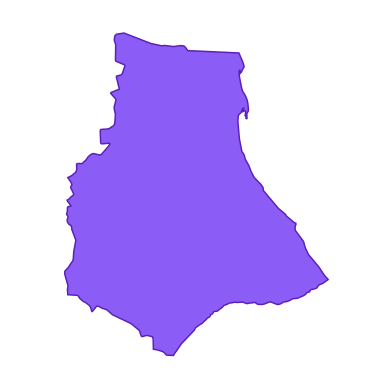 map outline of Erongo (Mercator projection), rotated 177°
{"feature_id": "NAM-3348", "entity_name": "Erongo", "entity_type": "Region", "adm_level": 1, "iso_a3": "NAM", "parent_name": "Namibia", "parent_adm1": "", "projection": "mercator", "projection_center": [15.284, -22.15], "detail": "fine", "context": "isolated", "style": "filled", "palette": "violet", "viewbox_px": 384, "rotation_deg": 177, "n_neighbors": 0, "source": "natural_earth", "source_scale": "10m", "svg_char_len": 4446}
<svg xmlns="http://www.w3.org/2000/svg" viewBox="0 0 384 384"><g transform="rotate(177 192 192)"><path d="M137.9,328.4L134.6,319.5L133.4,315.0L133.5,314.1L134.2,313.2L136.4,309.2L137.5,308.1L137.5,310.1L138.0,311.0L138.5,310.5L138.8,308.4L138.6,304.6L137.0,293.1L136.0,289.6L134.5,287.1L133.2,284.3L132.2,281.2L131.6,277.7L131.3,271.3L131.4,270.4L131.8,269.4L133.0,267.6L133.2,266.6L133.2,262.6L133.5,262.4L134.0,262.4L134.3,262.8L133.8,263.6L134.2,264.2L134.7,265.2L135.0,265.6L134.5,267.5L134.3,269.6L135.0,270.6L136.9,269.6L136.8,270.8L135.7,273.7L137.1,272.4L139.1,268.5L140.3,267.6L141.4,266.7L142.0,264.4L142.5,259.9L141.9,242.8L140.1,229.9L138.0,226.4L137.1,222.0L133.8,215.3L132.0,209.5L129.1,203.3L128.6,202.6L122.7,195.9L120.8,192.7L120.7,190.3L120.5,189.5L106.6,171.1L99.8,164.8L99.1,163.2L91.6,156.2L89.9,155.3L89.9,154.3L90.3,153.3L90.5,152.8L91.0,150.4L91.1,149.8L90.8,148.5L90.4,147.6L83.2,136.7L81.8,130.4L79.0,123.5L69.7,111.2L64.1,101.8L60.6,97.4L66.4,93.8L69.5,92.7L70.3,92.2L71.1,91.4L72.2,89.9L72.5,89.6L73.3,89.3L76.4,88.5L77.5,88.4L78.4,88.2L78.9,88.0L79.3,87.2L79.5,86.6L79.9,86.1L80.3,85.9L81.8,85.8L82.5,85.5L83.7,84.1L85.6,82.8L92.4,80.3L96.5,80.2L97.0,80.1L97.7,79.8L100.1,78.6L101.4,78.1L103.3,77.6L105.9,77.4L106.5,77.2L107.2,76.9L108.1,76.3L108.9,75.9L109.9,75.5L111.4,75.2L112.3,75.2L113.0,75.3L118.7,77.9L119.2,78.1L119.8,78.1L120.3,78.1L120.8,78.0L125.5,76.4L127.8,76.0L131.7,76.3L132.2,76.5L132.7,76.7L134.6,78.2L135.0,78.4L135.6,78.5L137.8,78.1L140.3,78.1L141.5,77.8L142.3,77.7L143.1,77.7L143.6,77.8L146.9,79.3L147.6,79.4L152.7,79.3L155.5,79.7L156.1,79.6L157.4,79.3L158.2,79.2L160.1,79.2L160.8,79.0L163.1,77.9L164.7,77.4L165.5,77.2L166.1,77.0L166.6,76.5L167.6,75.5L168.3,74.8L170.3,73.7L172.5,72.0L173.0,71.7L173.4,71.7L175.1,71.6L176.3,71.4L176.7,71.2L177.0,70.7L177.4,70.0L177.9,69.4L178.7,68.9L179.3,68.7L179.9,68.3L180.2,67.8L180.8,66.6L181.1,66.3L181.4,66.1L182.9,65.5L183.5,65.0L184.3,64.1L189.1,60.1L191.1,59.1L195.4,56.4L195.9,55.9L196.4,54.7L197.3,53.5L209.9,41.6L210.6,41.0L215.7,34.2L217.8,31.8L218.4,30.6L219.3,29.7L225.8,30.4L226.5,31.0L227.1,31.7L227.8,32.7L229.1,33.9L231.0,34.7L234.8,36.1L238.8,37.0L238.5,47.2L238.7,48.2L239.3,49.6L243.9,51.0L244.6,51.1L245.6,51.0L248.7,50.3L249.6,50.2L250.0,50.6L250.4,51.2L251.7,56.1L252.6,57.2L259.8,63.8L277.9,73.6L283.3,78.9L287.5,80.5L291.3,82.7L292.4,83.1L293.0,82.9L293.6,82.5L297.4,78.3L298.0,77.8L298.3,78.0L298.5,78.6L299.2,81.8L299.8,83.1L300.8,84.3L303.1,86.4L304.4,87.4L305.9,88.2L306.6,88.6L309.7,91.7L310.0,92.2L310.7,93.6L311.1,94.3L311.8,94.7L312.6,94.9L321.4,95.9L321.5,101.5L320.7,104.7L323.4,116.7L323.1,119.6L319.5,123.1L316.0,127.9L314.8,129.2L314.5,130.0L314.1,131.2L313.2,138.9L310.5,149.9L314.0,161.0L314.1,163.3L314.6,164.9L315.0,165.1L315.7,165.5L316.6,166.2L318.0,168.6L318.2,170.0L318.0,171.3L317.5,172.2L317.1,173.1L317.1,174.0L317.5,174.9L318.2,175.8L318.4,176.3L318.4,176.7L318.1,177.2L317.4,179.9L317.3,182.7L316.6,183.7L315.8,184.1L314.8,184.0L314.0,184.1L313.6,184.3L313.9,185.1L316.9,189.5L317.2,190.4L316.7,190.7L314.8,191.6L313.8,192.9L310.8,195.1L310.3,195.8L310.4,196.7L312.9,202.6L312.9,203.3L312.7,203.8L312.1,204.6L311.8,205.1L311.6,205.9L311.9,206.9L312.4,208.0L315.3,212.9L311.6,214.5L307.3,217.6L306.4,219.2L305.9,220.8L305.9,225.1L305.7,225.6L305.4,226.3L304.4,226.4L303.2,226.4L301.9,226.2L300.7,226.2L299.7,226.4L298.8,227.4L295.6,230.1L294.5,231.9L291.8,234.3L290.5,235.0L289.3,235.5L288.2,235.5L282.6,233.9L281.3,233.9L280.1,234.7L273.0,242.1L271.4,244.3L271.7,244.7L272.1,245.0L278.9,244.8L279.7,244.9L280.3,245.2L280.6,246.0L280.6,246.8L280.5,256.9L280.4,258.1L280.0,259.0L279.0,259.3L273.6,259.3L272.5,259.5L270.9,259.8L269.5,260.9L267.0,262.1L266.1,263.4L265.5,264.8L264.4,273.7L264.4,274.2L264.5,274.6L264.8,275.5L265.1,277.5L265.3,279.6L265.3,280.7L265.1,281.7L263.5,286.6L263.3,287.5L263.2,288.5L263.7,289.4L267.8,294.4L268.0,295.1L267.5,295.6L266.6,296.0L259.2,298.5L261.4,310.4L261.5,310.9L261.4,311.5L260.9,311.8L260.1,312.0L257.1,312.5L256.2,312.9L255.7,313.6L255.2,314.5L252.8,320.3L252.5,321.2L252.5,322.0L253.0,322.6L253.7,323.0L260.6,326.3L261.3,326.8L261.5,327.6L261.5,328.5L260.5,342.7L260.6,343.5L261.6,347.4L261.6,348.0L261.0,351.8L259.2,353.5L251.6,354.3L225.4,342.5L215.1,339.7L213.8,339.6L211.9,339.8L202.8,338.2L196.2,338.8L194.2,338.6L193.2,338.4L192.4,338.2L192.0,337.9L191.7,337.6L191.0,336.8L188.8,333.4L137.9,328.4Z" fill="#8b5cf6" stroke="#5b21b6" stroke-width="1.5"/></g></svg>